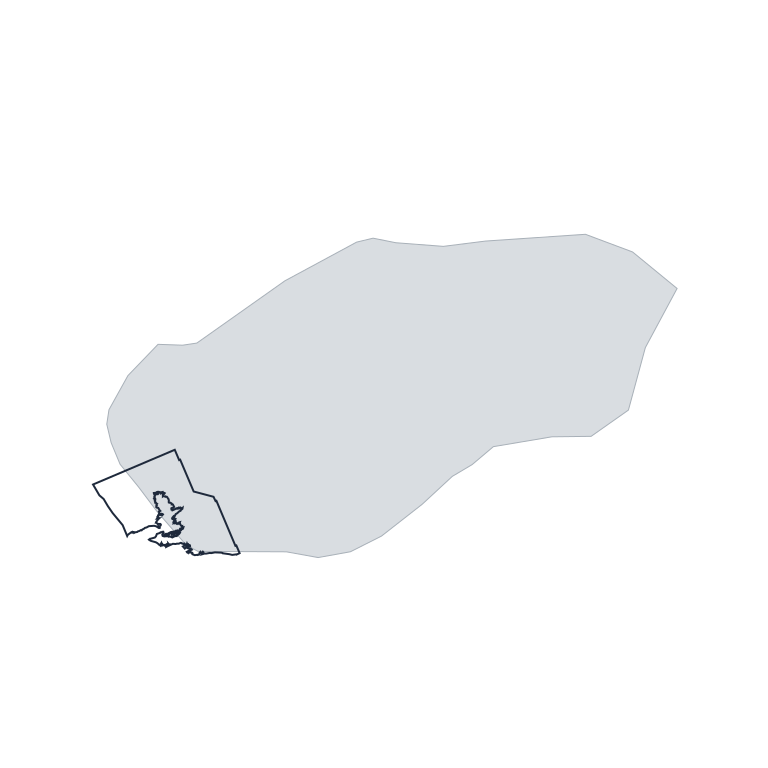 98, Ar Rayyān, Qatar shown in context, rotated 67°
{"feature_id": "91078587B41884610793448", "entity_name": "98", "entity_type": "district", "adm_level": 2, "iso_a3": "QAT", "parent_name": "Qatar", "parent_adm1": "Ar Rayyān", "projection": "mercator", "projection_center": [51.33, 24.623], "detail": "fine", "context": "in_parent", "style": "outline", "palette": "slate", "viewbox_px": 768, "rotation_deg": 67, "n_neighbors": 0, "source": "geoboundaries", "source_scale": "gbopen_adm2", "svg_char_len": 6563}
<svg xmlns="http://www.w3.org/2000/svg" viewBox="0 0 768 768"><g transform="rotate(67 384 384)"><path d="M412.5,642.8L382.8,650.2L354.8,658.3L331.4,658.1L312.7,654.9L300.2,647.2L276.2,616.4L259.2,576.5L269.6,554.2L273.2,540.3L250.3,434.9L242.7,353.8L245.5,337.1L258.6,317.9L280.5,275.6L292.1,234.7L324.9,140.1L359.6,103.6L410.6,76.9L452.6,129.2L503.5,169.2L513.1,213.8L498.2,250.1L484.4,307.8L492.6,334.3L495.7,357.2L509.6,395.8L523.0,445.7L525.3,480.4L518.0,512.5L500.3,539.5L465.4,620.6L455.0,629.0L412.5,642.8Z" fill="#d9dde1" stroke="#a8b0b8" stroke-width="1"/><path d="M362.8,691.1L375.3,689.5L380.3,687.0L388.5,685.9L396.8,684.2L411.8,679.7L423.6,679.8L422.7,678.7L421.7,674.5L421.7,673.8L422.1,673.9L422.1,672.9L422.1,673.5L422.7,673.3L422.7,672.8L422.2,672.7L422.3,672.5L422.8,672.6L422.9,672.0L423.4,672.1L423.3,670.9L423.8,669.0L423.5,668.0L423.7,667.0L423.5,664.8L424.0,664.3L423.5,663.2L423.4,661.3L423.0,660.3L423.3,658.6L423.0,656.0L424.7,651.0L426.0,649.3L428.5,647.6L428.8,647.1L428.7,645.6L428.6,647.1L428.2,647.7L427.8,647.7L427.4,646.9L426.9,646.9L427.4,646.4L427.0,645.0L426.4,644.4L425.8,644.4L425.4,644.6L424.7,646.3L423.9,647.3L422.7,647.6L422.5,648.1L421.7,647.3L421.0,645.8L420.6,645.7L419.9,643.7L419.7,644.6L419.4,644.7L419.2,645.3L418.6,643.9L418.3,644.1L418.2,645.4L417.3,643.4L417.1,643.7L416.7,643.4L416.6,642.7L416.8,641.0L417.3,640.8L417.4,639.9L418.1,640.0L418.6,640.4L417.7,638.4L417.2,638.6L416.4,639.7L415.8,642.1L415.3,641.5L414.7,641.4L413.9,640.8L413.5,640.9L413.5,640.1L413.4,639.5L412.4,639.9L409.8,640.2L409.1,641.3L408.2,641.3L408.1,641.6L406.7,640.9L406.7,640.4L405.3,640.2L405.3,639.9L405.1,640.0L405.2,640.3L404.1,640.3L403.8,641.0L402.4,640.5L401.9,640.7L401.4,640.4L401.5,640.1L401.1,640.0L401.1,640.3L400.6,639.4L400.3,639.4L400.1,639.5L400.4,640.2L399.7,640.5L399.5,640.0L398.9,639.9L398.6,639.3L398.0,639.4L397.7,638.8L397.1,638.6L396.8,637.7L396.5,638.0L395.6,637.9L395.4,638.0L395.8,638.4L395.8,638.6L395.2,638.6L395.2,638.0L394.5,638.1L395.2,635.9L395.9,635.8L396.0,636.2L396.3,636.3L396.7,635.7L396.2,635.3L397.0,635.1L396.9,634.8L395.8,635.2L395.7,634.8L395.3,635.0L394.9,635.9L394.7,635.6L394.8,634.6L395.2,634.4L395.2,633.6L396.0,633.3L395.9,632.6L396.9,632.3L397.1,631.7L397.4,631.8L397.2,631.1L396.7,630.9L396.9,629.8L398.0,629.9L398.3,628.9L398.8,628.5L399.3,629.3L399.3,630.8L400.1,631.1L400.1,630.8L401.0,631.3L400.7,629.9L401.1,630.4L402.3,629.8L402.5,630.0L402.2,629.0L402.6,628.9L402.9,628.0L403.6,627.7L405.1,627.6L405.7,627.3L407.3,627.6L408.1,628.1L409.0,628.4L409.4,628.0L409.8,627.0L411.0,626.2L411.8,626.5L411.9,625.8L412.4,625.4L415.1,625.2L415.6,626.1L415.2,627.4L415.3,628.3L415.5,628.4L415.6,628.1L416.8,628.6L417.4,627.6L417.6,627.7L417.6,625.1L417.3,624.2L417.5,622.3L418.2,624.1L417.6,621.4L418.1,621.3L418.2,621.6L418.5,621.5L418.5,620.9L418.6,620.4L418.0,620.6L418.0,619.8L418.5,619.4L419.2,619.4L419.2,619.0L419.6,618.8L419.3,617.8L420.1,618.3L420.9,620.8L421.2,620.9L421.3,622.5L422.2,624.9L422.4,626.6L423.5,627.8L423.3,628.9L424.2,630.7L424.6,630.5L424.8,631.2L425.2,631.3L425.2,632.5L425.3,631.5L425.7,631.4L425.8,630.8L425.3,629.4L426.2,630.0L426.7,628.9L427.1,629.4L427.5,629.4L427.5,630.4L428.4,631.3L428.5,630.7L428.1,629.9L428.2,629.2L428.4,629.2L428.7,629.5L428.9,630.5L430.0,631.9L430.2,630.7L430.4,631.0L430.6,630.9L430.2,629.7L430.8,629.8L431.2,629.5L431.2,629.3L431.6,629.3L431.5,628.7L432.2,628.4L431.3,626.6L431.4,626.0L432.4,627.2L432.5,626.8L432.7,627.0L432.9,626.7L432.7,626.7L432.7,626.3L434.6,626.3L435.4,625.8L435.8,625.9L435.9,625.2L437.3,625.8L437.5,624.6L438.6,625.5L438.8,626.2L438.7,626.8L437.9,626.9L437.5,628.2L437.9,628.7L438.7,627.9L438.9,628.4L439.4,628.3L439.5,628.8L439.3,629.4L439.4,629.5L439.1,630.0L440.3,630.1L440.3,630.4L440.7,630.4L440.7,630.0L441.1,629.8L442.0,631.2L442.2,632.4L441.8,633.1L442.0,633.8L442.4,633.6L442.4,634.7L442.0,635.6L441.8,635.7L441.7,636.6L442.3,636.1L442.0,636.9L442.4,636.6L442.5,638.3L442.5,638.6L442.1,638.6L442.1,639.2L441.7,639.6L441.1,639.9L441.0,640.6L440.3,641.1L440.3,642.1L439.5,642.4L439.1,643.9L437.6,644.4L437.6,643.2L438.2,642.1L438.1,641.7L438.5,641.8L438.5,640.7L438.2,640.0L437.5,640.4L437.0,642.9L436.7,643.2L436.8,644.2L437.2,645.0L437.5,645.1L437.8,644.7L438.8,644.7L438.5,645.7L438.1,645.8L438.0,646.4L437.4,647.1L436.1,647.0L434.8,645.0L433.9,644.9L433.9,645.6L433.4,645.9L433.6,647.7L433.5,648.0L433.3,648.0L433.5,649.1L433.3,651.7L435.1,653.4L435.8,654.9L435.2,659.4L434.9,660.3L434.5,660.6L435.0,660.4L435.2,659.9L435.4,661.2L435.7,661.1L437.3,659.9L440.5,655.9L441.8,654.9L445.9,652.7L445.4,651.7L444.6,651.5L444.4,652.5L443.3,651.0L444.0,651.1L444.3,650.7L445.3,651.0L445.3,650.6L446.1,650.6L446.0,649.7L446.3,649.1L447.0,649.1L447.0,648.4L447.5,647.9L448.9,648.3L448.8,647.3L448.0,647.3L447.6,646.8L446.8,646.7L446.9,647.6L446.7,647.5L446.5,646.4L446.8,646.6L447.4,646.1L447.9,646.5L448.3,646.4L448.2,645.8L447.4,644.9L446.9,644.8L447.8,644.5L447.7,644.8L448.0,644.9L448.0,644.3L448.7,644.7L448.6,640.8L449.9,638.3L450.0,637.1L450.8,635.2L450.8,633.0L451.7,632.2L452.2,632.1L452.3,631.4L453.0,631.0L452.9,630.0L454.7,629.4L454.9,628.5L454.0,627.7L454.6,627.7L454.9,626.8L456.3,626.8L456.2,626.2L455.4,625.7L456.5,626.1L457.1,626.1L457.2,625.8L457.5,625.9L457.2,627.5L457.0,627.8L456.8,627.5L456.5,627.7L456.5,628.7L456.1,629.5L455.5,629.7L454.9,630.5L455.0,632.6L457.7,631.7L457.2,630.3L457.7,629.6L457.8,629.0L458.5,628.8L458.9,628.3L459.9,626.2L460.7,626.2L461.0,625.7L461.4,625.6L461.4,626.5L460.9,626.5L461.1,628.1L461.5,627.3L461.8,627.5L461.8,628.0L461.2,628.5L461.3,629.5L461.8,628.7L461.9,629.2L462.4,629.2L462.7,629.7L462.1,629.6L461.9,631.0L462.3,630.9L462.7,630.5L463.8,627.0L464.6,626.4L465.3,626.5L465.1,626.9L465.8,626.9L467.6,625.1L468.4,622.2L468.6,622.2L468.8,620.9L467.2,619.6L466.9,618.9L468.0,619.1L468.0,618.0L467.5,616.3L468.3,616.0L468.8,616.5L469.7,616.3L469.3,618.2L469.6,618.5L470.0,615.3L470.6,614.1L471.4,610.5L472.2,609.0L472.9,605.5L475.7,599.6L476.5,598.6L476.8,598.6L480.2,592.9L482.0,590.5L483.2,586.2L483.4,586.2L483.3,583.0L474.9,583.0L474.9,584.0L426.0,583.9L426.0,584.8L421.2,585.0L408.6,601.2L374.0,601.2L374.0,602.3L362.8,602.3L362.8,691.1ZM440.0,631.1L439.3,630.4L438.8,631.3L438.0,631.6L438.2,632.2L438.0,632.4L437.9,632.8L437.9,635.1L437.7,635.1L437.0,637.9L437.1,639.9L437.6,640.0L437.6,639.1L438.1,637.0L438.6,637.1L438.6,637.8L439.0,638.2L439.4,638.1L439.5,636.9L439.0,636.4L438.8,634.9L438.3,634.0L438.8,634.1L439.6,635.9L440.0,636.0L440.1,635.3L439.8,632.8L440.3,632.9L440.0,631.1Z" fill="none" stroke="#1e293b" stroke-width="2"/></g></svg>